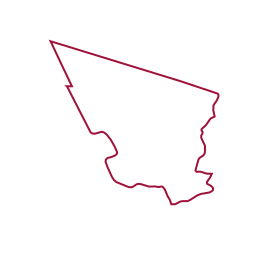 SVG path tracing the border of Amman, rotated 197°
{"feature_id": "JOR-851", "entity_name": "Amman", "entity_type": "Province", "adm_level": 1, "iso_a3": "JOR", "parent_name": "Jordan", "parent_adm1": "", "projection": "robinson", "projection_center": [36.094, 31.647], "detail": "fine", "context": "isolated", "style": "outline", "palette": "rose", "viewbox_px": 256, "rotation_deg": 197, "n_neighbors": 0, "source": "natural_earth", "source_scale": "10m", "svg_char_len": 1311}
<svg xmlns="http://www.w3.org/2000/svg" viewBox="0 0 256 256"><g transform="rotate(197 128 128)"><path d="M198.7,150.0L193.8,151.5L210.5,169.7L227.1,188.0L227.4,188.3L91.0,188.1L52.4,187.1L51.1,186.0L50.7,184.2L51.0,181.2L51.5,179.1L52.5,176.1L52.8,174.7L52.4,172.7L51.6,169.9L48.5,164.3L49.8,163.0L50.6,162.4L51.6,161.4L52.1,160.4L54.3,153.5L55.2,151.9L56.9,149.3L57.3,148.4L57.1,147.4L56.1,146.4L55.3,145.5L55.2,144.3L55.6,143.2L55.7,141.8L55.0,139.9L49.4,133.8L48.5,131.4L47.5,127.6L47.3,126.1L47.5,124.8L48.1,123.6L50.3,121.0L51.1,119.6L51.4,118.2L51.1,107.2L50.2,106.4L49.3,106.2L47.7,106.9L45.8,107.4L39.3,107.4L34.5,108.7L34.8,106.0L35.1,104.4L36.7,99.7L36.5,98.5L35.8,97.7L32.8,97.2L31.2,96.7L29.8,96.0L28.9,94.9L28.6,93.5L29.5,91.9L31.4,90.1L38.9,86.3L42.0,83.9L47.8,77.1L49.7,75.5L54.5,74.0L56.5,72.9L60.5,69.0L64.2,67.7L67.1,71.6L70.2,74.4L74.5,79.7L76.9,81.5L78.6,82.0L81.1,80.6L82.6,80.3L84.7,80.1L90.9,78.1L99.1,78.1L101.7,77.6L103.4,76.6L105.8,73.6L107.3,72.3L110.0,71.7L123.5,72.9L126.1,74.1L128.8,76.3L136.0,84.4L139.6,89.2L139.9,91.5L138.7,93.4L135.1,95.6L132.3,98.0L131.3,99.4L131.1,100.8L131.9,102.4L135.4,106.4L141.1,111.8L146.6,115.6L149.6,116.7L152.0,116.7L158.0,112.9L160.2,112.3L162.5,112.9L198.3,149.8L198.7,150.0L198.7,150.0Z" fill="none" stroke="#9f1239" stroke-width="2"/></g></svg>